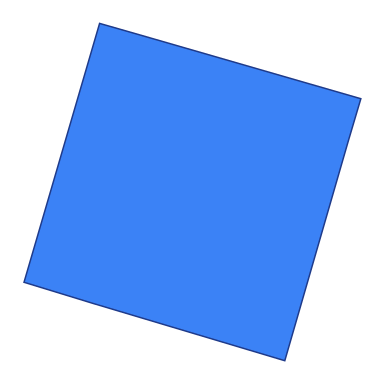 Taylor, Texas, United States of America (Albers equal-area conic projection), rotated 286°
{"feature_id": "52423323B57845343787287", "entity_name": "Taylor", "entity_type": "district", "adm_level": 2, "iso_a3": "USA", "parent_name": "United States of America", "parent_adm1": "Texas", "projection": "albers", "projection_center": [-99.87, 32.302], "detail": "fine", "context": "isolated", "style": "filled", "palette": "blue", "viewbox_px": 384, "rotation_deg": 286, "n_neighbors": 0, "source": "geoboundaries", "source_scale": "gbopen_adm2", "svg_char_len": 271}
<svg xmlns="http://www.w3.org/2000/svg" viewBox="0 0 384 384"><g transform="rotate(286 192 192)"><path d="M58.9,55.4L57.6,128.3L55.4,327.7L285.0,328.2L328.2,328.6L328.6,108.7L328.6,60.5L328.6,56.7L58.9,55.4Z" fill="#3b82f6" stroke="#1e3a8a" stroke-width="1.5"/></g></svg>